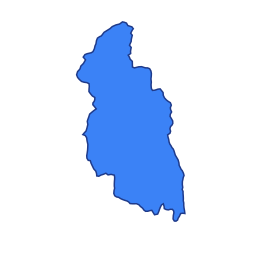 outline of Brazópolis, Minas Gerais, Brazil, rotated 163°
{"feature_id": "56859067B60324732973006", "entity_name": "Brazópolis", "entity_type": "district", "adm_level": 2, "iso_a3": "BRA", "parent_name": "Brazil", "parent_adm1": "Minas Gerais", "projection": "albers", "projection_center": [-45.631, -22.49], "detail": "fine", "context": "isolated", "style": "filled", "palette": "blue", "viewbox_px": 256, "rotation_deg": 163, "n_neighbors": 0, "source": "geoboundaries", "source_scale": "gbopen_adm2", "svg_char_len": 2695}
<svg xmlns="http://www.w3.org/2000/svg" viewBox="0 0 256 256"><g transform="rotate(163 128 128)"><path d="M172.1,121.4L173.1,118.7L174.4,115.9L175.6,113.5L176.1,111.1L175.5,108.7L173.6,107.8L173.6,105.0L173.2,102.2L172.7,98.9L171.4,96.1L171.4,93.5L171.9,91.3L170.0,90.4L167.6,90.9L165.1,90.9L162.4,91.2L160.8,89.0L157.7,88.6L154.9,86.9L155.2,84.7L155.8,82.9L156.5,81.2L157.4,78.7L158.1,76.4L158.4,74.3L159.7,72.1L160.7,69.5L160.5,67.1L159.2,65.5L157.2,64.4L155.6,62.5L153.7,60.9L152.1,59.7L150.3,58.5L149.0,57.1L148.1,55.1L145.5,54.1L142.0,53.1L140.0,51.4L139.1,49.4L137.5,47.1L136.7,44.7L135.5,43.2L133.4,42.6L131.1,42.6L129.3,42.3L128.7,40.0L128.0,37.3L124.8,37.0L123.1,39.0L121.6,41.1L120.3,42.7L118.5,44.6L116.4,45.2L116.4,42.5L116.9,40.3L115.4,38.9L113.4,37.9L111.4,37.9L109.3,37.2L108.6,35.4L108.9,33.5L110.2,31.2L111.5,27.8L110.9,25.5L109.3,24.9L107.5,25.5L106.4,27.1L104.7,28.5L102.7,30.8L100.5,30.5L98.6,29.6L98.1,32.6L97.8,35.2L97.3,37.7L96.6,40.0L96.4,42.3L95.7,44.3L95.1,46.6L94.5,49.3L93.9,51.3L94.2,53.3L93.0,55.2L92.6,58.0L91.6,61.0L90.6,62.7L89.6,64.6L88.3,66.2L88.2,68.6L88.6,71.3L89.3,73.0L89.6,75.2L90.0,77.2L89.5,79.8L89.4,82.7L89.9,84.9L90.7,88.2L90.7,90.8L90.7,92.9L90.9,94.7L91.7,96.5L92.1,98.6L92.7,100.4L92.8,102.6L92.4,105.4L92.4,107.5L92.1,109.9L89.4,110.7L88.2,112.5L88.2,114.9L86.9,116.9L85.0,118.0L83.8,119.3L83.2,121.7L83.8,124.5L84.4,126.8L83.5,128.8L81.6,130.6L81.9,133.1L81.6,135.0L79.9,137.2L80.1,139.8L82.0,142.0L83.1,143.6L84.3,146.1L84.7,148.9L84.1,151.7L85.0,154.0L85.8,156.0L88.0,156.4L91.2,156.3L93.6,156.8L94.1,158.8L93.7,161.0L93.2,162.9L92.3,165.0L91.7,168.2L90.5,171.0L89.7,173.3L89.4,175.8L90.0,178.4L91.6,179.7L93.9,180.5L97.1,182.7L100.0,183.4L104.3,183.6L105.9,185.0L104.4,190.5L105.8,193.1L106.0,195.6L106.5,197.6L103.7,198.4L103.1,200.8L101.4,204.1L102.4,206.7L99.7,209.8L98.8,212.0L96.8,215.4L97.7,217.8L95.4,220.3L93.9,221.4L94.7,223.6L98.2,226.0L98.8,228.8L100.6,230.2L102.3,231.1L105.7,229.9L109.4,230.1L113.4,229.6L116.1,228.3L122.9,226.5L126.5,223.9L128.6,223.6L130.9,222.9L132.6,220.8L134.0,217.9L135.5,216.2L137.0,213.6L139.1,211.3L141.1,210.7L145.4,211.0L147.7,210.8L150.1,208.9L148.7,205.6L151.7,202.8L155.0,201.0L156.5,198.7L158.1,197.6L159.7,196.7L161.6,193.9L161.4,191.1L160.4,188.7L158.8,186.1L156.6,184.6L154.0,183.4L152.3,181.7L152.9,179.0L153.9,176.6L154.7,174.2L153.8,171.6L152.7,169.0L150.8,166.9L151.4,165.0L152.5,163.4L154.2,162.2L154.8,160.5L153.8,158.2L152.8,155.6L155.9,154.5L158.4,153.5L160.6,152.5L162.1,150.3L163.6,148.3L165.0,146.3L165.4,143.1L167.3,139.9L169.0,137.4L171.1,136.2L173.1,134.9L171.1,133.3L170.4,130.8L170.9,127.7L171.2,124.0L172.1,121.4Z" fill="#3b82f6" stroke="#1e3a8a" stroke-width="1.5"/></g></svg>